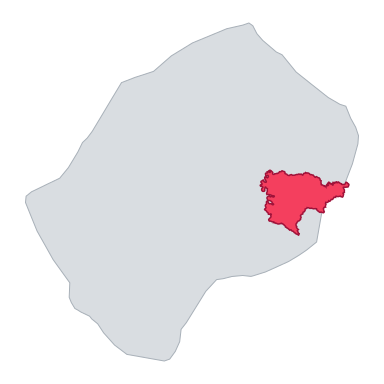 location of Linakeng, Thaba-Tseka, Lesotho
{"feature_id": "5366337B53729511602766", "entity_name": "Linakeng", "entity_type": "district", "adm_level": 2, "iso_a3": "LSO", "parent_name": "Lesotho", "parent_adm1": "Thaba-Tseka", "projection": "orthographic", "projection_center": [28.976, -29.679], "detail": "fine", "context": "in_parent", "style": "filled", "palette": "rose", "viewbox_px": 384, "rotation_deg": 0, "n_neighbors": 0, "source": "geoboundaries", "source_scale": "gbopen_adm2", "svg_char_len": 6970}
<svg xmlns="http://www.w3.org/2000/svg" viewBox="0 0 384 384"><path d="M265.4,272.0L252.6,276.0L250.9,276.4L242.7,275.5L231.8,276.5L223.2,278.7L216.6,279.6L205.8,291.3L186.3,322.7L181.1,329.3L179.7,341.6L175.3,351.4L169.7,359.1L164.3,361.0L147.9,358.1L126.9,354.4L114.6,345.1L103.6,332.8L97.7,323.8L91.7,318.9L89.6,316.2L81.0,312.1L77.7,310.0L74.9,308.5L71.3,302.5L69.2,297.3L69.8,282.8L63.6,274.2L53.1,259.6L46.4,247.6L37.1,231.1L31.4,217.1L25.5,202.5L26.1,196.2L31.5,191.8L47.4,184.1L59.7,178.2L68.4,167.6L77.9,151.9L82.5,142.5L87.2,138.1L92.2,131.4L101.1,116.6L110.9,100.2L121.5,82.6L135.0,77.4L153.5,71.4L171.3,55.9L192.5,42.9L226.8,28.7L242.8,25.1L248.9,23.0L252.8,25.7L256.9,33.7L262.7,40.4L276.3,52.0L282.1,54.8L296.1,72.0L311.0,83.9L328.2,97.5L339.9,104.3L345.8,106.2L350.7,118.3L355.7,127.3L358.5,135.7L357.9,143.9L352.4,163.9L344.5,184.4L338.2,192.8L330.5,198.2L322.9,206.3L320.0,222.7L316.6,242.0L306.8,249.9L299.2,255.1L288.6,261.5L265.4,272.0Z" fill="#d9dde1" stroke="#a8b0b8" stroke-width="1"/><path d="M298.6,235.1L299.1,234.1L299.2,233.6L298.3,233.2L298.2,232.4L297.3,230.7L298.4,229.5L297.5,228.9L296.5,227.5L296.5,227.1L296.8,226.7L296.7,226.4L296.1,225.8L296.0,224.1L296.4,223.5L296.7,223.3L296.9,222.4L297.7,221.7L298.0,221.1L299.2,220.8L300.6,219.4L300.4,218.7L300.9,218.0L301.1,217.4L300.8,216.5L300.4,215.9L300.6,215.4L301.7,214.3L302.3,214.2L302.8,214.0L302.9,213.7L302.8,213.3L303.1,212.2L304.2,211.8L304.4,211.3L305.0,210.8L305.1,210.4L305.1,209.0L306.7,208.4L307.1,207.6L307.4,207.8L308.6,207.7L309.2,208.1L309.9,208.4L310.9,208.3L311.1,208.1L311.9,208.4L312.4,208.4L313.2,208.8L315.9,208.6L316.5,208.8L316.4,209.3L316.7,209.8L317.3,210.3L317.7,210.9L318.3,211.1L319.2,212.0L319.7,212.3L320.3,212.4L320.9,212.0L321.1,212.0L322.1,212.5L323.5,212.7L323.6,212.3L323.8,212.1L324.0,212.1L323.9,211.7L324.2,211.5L323.7,210.3L323.4,208.7L323.6,208.1L323.9,208.0L324.1,207.4L325.6,207.1L325.3,206.4L325.6,205.6L325.6,205.3L325.8,204.6L325.7,204.3L325.9,204.2L325.5,203.3L325.8,202.3L326.9,202.5L327.7,202.3L328.2,201.9L328.7,200.8L329.3,201.3L329.8,201.3L330.6,200.5L331.2,199.4L332.3,199.5L332.6,199.1L333.1,198.9L333.8,197.4L334.3,197.5L335.0,197.1L335.5,197.3L335.5,196.8L336.0,196.2L336.3,196.2L337.0,196.6L338.1,196.5L338.4,196.6L340.3,196.1L341.1,196.8L341.4,196.7L342.4,197.1L342.8,196.8L343.0,196.6L343.6,194.3L343.6,194.0L343.0,193.4L343.0,193.1L344.4,192.3L344.2,191.8L344.4,191.3L344.4,189.9L344.0,189.3L343.7,188.5L343.4,188.1L343.3,187.3L343.9,187.1L345.3,187.3L346.1,187.0L346.8,187.2L348.2,186.8L348.9,185.0L348.9,184.4L348.5,184.2L348.4,183.8L347.8,183.5L347.4,182.9L346.7,182.4L346.2,182.2L345.8,182.5L345.4,183.5L344.6,184.5L343.9,184.6L343.5,184.4L342.6,184.6L341.7,184.4L341.6,183.8L341.5,183.7L341.1,183.8L340.4,183.4L340.0,183.3L339.6,182.7L339.1,182.4L338.6,182.4L338.3,182.0L338.0,182.2L337.8,182.7L337.3,182.7L336.8,181.9L336.6,181.8L336.2,182.0L336.2,182.6L335.7,182.6L335.2,182.2L334.8,182.3L334.7,182.4L334.8,183.1L334.6,183.3L334.2,183.2L334.0,182.8L333.6,182.5L333.1,182.4L333.1,182.8L332.7,183.1L332.8,183.4L332.4,183.5L332.5,183.7L333.0,183.9L333.1,184.4L333.2,184.8L332.7,185.1L331.8,184.3L331.7,183.8L331.5,183.7L331.0,184.1L330.8,184.0L330.7,183.6L330.2,183.1L329.9,183.3L329.8,183.6L329.6,183.6L329.3,183.3L329.6,182.9L329.1,182.6L329.1,182.3L328.8,182.2L328.4,183.2L328.5,183.6L328.3,183.7L327.6,183.3L327.5,183.5L327.5,184.1L327.9,184.6L328.3,185.3L328.2,185.4L327.5,185.0L327.1,185.0L326.9,184.6L326.6,184.8L326.7,185.5L327.1,185.6L327.0,185.9L326.0,185.9L325.6,186.2L325.7,186.7L325.2,186.2L324.5,185.7L324.2,185.8L324.1,186.1L323.8,185.8L323.3,185.6L322.7,185.0L321.7,184.9L321.4,184.8L321.2,184.2L321.2,183.5L321.0,183.0L321.0,181.5L321.2,180.8L320.2,180.2L320.0,179.0L319.2,177.9L318.2,177.7L316.4,176.6L315.9,176.8L315.5,177.3L315.1,177.2L314.6,176.9L313.2,175.1L312.8,175.2L311.6,174.6L310.7,174.7L310.0,174.5L309.7,173.9L308.6,173.1L307.7,173.1L307.0,172.8L306.3,173.1L305.5,172.5L304.8,173.4L304.1,173.3L303.6,173.5L302.9,175.0L302.7,175.1L302.3,175.0L301.4,174.2L301.0,174.0L300.1,174.5L299.0,174.0L298.5,174.1L297.9,174.5L296.4,174.5L294.7,175.2L294.2,175.1L293.8,175.3L293.2,175.2L292.4,175.3L291.6,174.6L291.0,174.6L290.4,174.9L289.8,175.0L289.5,175.4L289.1,175.6L287.5,175.1L286.8,174.2L285.2,173.7L284.9,173.1L285.0,172.2L284.9,172.1L284.2,171.5L283.0,171.3L282.5,170.9L281.8,170.9L281.0,171.7L279.5,171.7L278.7,172.9L277.8,173.2L277.6,173.5L276.6,173.4L275.7,173.8L274.8,173.7L274.1,174.4L273.1,174.4L272.7,173.8L272.6,173.3L272.8,172.6L272.6,172.2L271.6,171.3L271.2,170.8L270.0,170.2L269.1,170.6L269.4,170.9L270.2,171.4L270.3,172.0L270.0,172.4L269.7,172.4L269.2,172.0L267.8,171.6L267.1,171.9L267.5,172.5L267.3,172.9L265.9,173.2L265.6,173.3L265.5,173.5L265.5,174.2L265.7,175.4L265.9,175.9L266.4,176.0L267.7,175.3L268.2,175.6L268.4,176.2L268.0,177.4L267.4,177.8L265.7,177.0L265.1,177.0L264.7,177.2L264.7,178.1L264.9,178.9L266.3,181.5L266.2,182.0L266.0,182.3L265.7,182.3L265.1,182.2L264.1,181.7L263.8,181.2L263.7,180.3L263.2,180.0L263.0,180.3L262.5,180.5L261.2,181.3L260.9,181.8L261.0,182.3L262.0,183.6L262.0,184.1L261.8,184.6L261.6,184.7L261.0,184.6L260.3,185.1L260.2,185.4L260.4,185.9L260.8,186.3L261.1,186.4L261.7,186.2L262.9,187.1L262.9,187.3L261.8,188.6L261.6,189.7L261.7,190.2L262.3,191.1L263.0,191.4L264.0,191.3L264.6,191.0L264.8,190.6L264.7,189.3L265.1,187.4L265.3,187.1L265.7,187.1L266.2,187.9L266.8,188.4L267.4,188.6L267.5,188.8L267.3,189.3L267.3,191.5L266.6,193.1L266.7,194.1L267.0,194.6L267.6,194.4L270.1,194.7L272.4,195.7L273.9,195.8L274.2,196.0L274.3,196.3L274.2,196.6L273.7,197.0L273.1,197.0L271.7,196.4L271.4,196.4L270.4,196.9L270.2,196.9L269.7,196.2L269.0,196.0L267.4,196.9L267.0,197.5L267.0,198.5L267.6,199.8L267.8,200.0L268.3,200.4L268.6,200.6L269.9,200.5L271.7,201.6L272.6,203.5L273.4,203.9L273.6,204.2L273.4,204.6L272.8,204.8L271.9,204.4L271.0,203.7L269.3,203.7L268.8,203.4L267.9,201.7L267.7,201.4L266.9,201.2L266.4,201.9L266.5,203.8L266.4,204.1L265.5,204.8L265.3,205.4L265.4,206.3L265.9,207.1L266.0,207.7L265.6,208.3L264.7,209.0L264.6,209.3L264.9,209.5L265.1,210.2L266.0,210.5L267.0,212.0L268.0,212.7L268.4,214.2L269.8,214.4L270.4,213.9L270.6,213.9L270.9,213.9L271.3,214.4L271.2,214.7L270.8,215.0L270.8,215.8L271.0,216.2L270.8,217.2L269.3,218.7L268.7,219.4L268.9,220.6L269.5,221.1L270.7,221.1L272.1,221.8L273.3,221.8L273.8,221.9L274.1,222.2L273.8,222.6L274.1,222.6L275.1,223.1L275.5,223.0L276.0,223.4L276.5,223.3L277.6,223.9L278.1,223.9L278.3,224.0L278.6,223.9L279.1,224.0L279.6,223.7L280.2,223.7L280.8,223.4L280.9,223.6L281.1,223.6L281.4,223.3L281.8,223.6L282.0,223.5L282.7,223.7L283.1,224.3L283.9,224.7L284.0,225.0L284.9,225.7L285.3,226.3L285.4,226.8L285.6,226.8L285.7,227.1L285.9,227.1L286.6,227.6L286.7,227.8L288.1,228.6L288.8,229.3L289.4,229.6L289.6,229.9L289.6,230.1L289.9,230.2L290.5,229.8L291.3,230.0L291.5,230.6L292.2,231.1L293.5,231.4L294.0,232.3L294.5,232.8L295.2,233.0L295.9,233.8L296.9,234.2L298.6,235.1Z" fill="#f43f5e" stroke="#9f1239" stroke-width="1.5"/></svg>